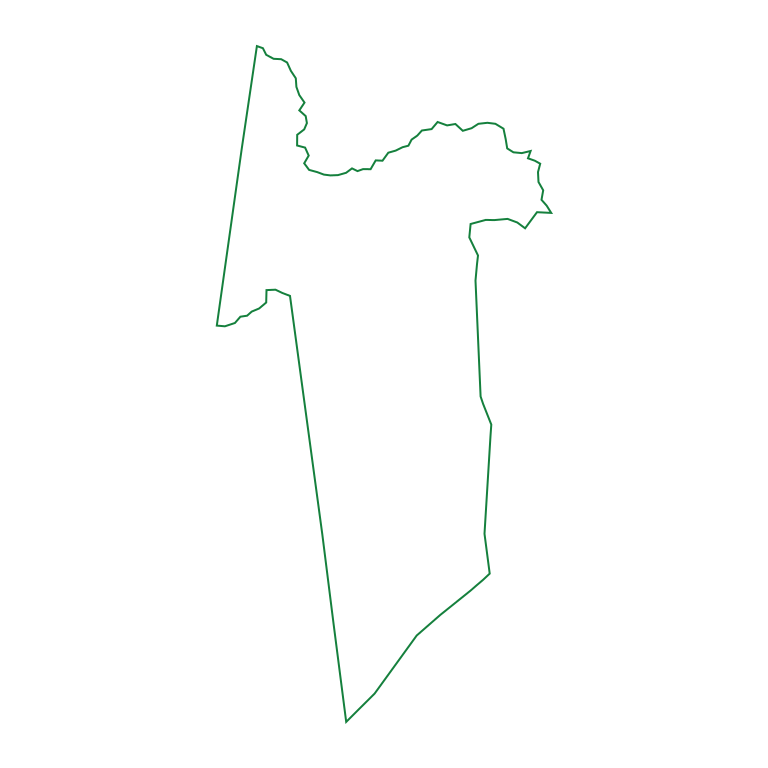 the district of Tufilândia, Maranhão, Brazil
{"feature_id": "56859067B40819764900175", "entity_name": "Tufilândia", "entity_type": "district", "adm_level": 2, "iso_a3": "BRA", "parent_name": "Brazil", "parent_adm1": "Maranhão", "projection": "robinson", "projection_center": [-45.575, -3.771], "detail": "fine", "context": "isolated", "style": "outline", "palette": "green", "viewbox_px": 768, "rotation_deg": 0, "n_neighbors": 0, "source": "geoboundaries", "source_scale": "gbopen_adm2", "svg_char_len": 1365}
<svg xmlns="http://www.w3.org/2000/svg" viewBox="0 0 768 768"><path d="M216.8,325.6L224.9,326.3L234.9,323.0L240.4,316.7L247.1,315.7L251.7,311.6L259.1,308.5L266.2,302.5L266.5,290.1L275.5,289.7L282.4,293.0L290.0,295.9L322.3,534.3L333.5,623.3L346.2,721.9L359.3,708.8L374.6,693.6L416.7,635.5L440.3,614.9L470.3,590.8L477.0,585.0L483.1,579.8L489.7,573.6L484.5,533.8L490.5,435.9L491.3,424.6L483.1,403.9L480.6,396.5L475.5,280.6L477.0,264.2L478.0,255.5L469.3,237.4L470.6,224.0L485.8,219.9L494.2,220.1L507.6,218.9L517.3,222.5L525.1,228.3L537.0,212.2L551.2,212.9L546.7,205.7L541.5,199.8L543.2,190.3L538.5,182.0L538.0,172.1L540.2,163.7L534.8,160.7L528.0,158.3L530.6,151.0L521.8,153.1L513.4,152.3L507.2,148.4L505.7,139.2L503.5,128.7L495.4,123.8L487.4,122.8L478.4,123.8L471.6,128.2L462.8,130.8L455.4,124.0L447.1,125.4L437.6,122.0L431.6,129.1L421.9,130.5L417.3,135.6L411.6,139.6L408.4,145.7L402.6,147.2L395.7,150.6L388.3,152.7L382.5,160.7L375.7,160.4L370.6,169.2L363.1,169.1L357.5,171.1L352.0,168.4L346.1,172.8L338.0,175.1L330.4,175.4L323.9,174.6L317.2,172.1L309.1,169.9L304.2,163.3L308.7,155.6L305.1,147.6L297.1,145.5L297.2,134.8L304.2,129.4L306.9,123.1L305.7,116.1L299.3,110.4L304.5,102.6L299.3,95.1L296.4,86.9L295.8,78.3L290.9,70.9L287.1,62.5L281.2,59.2L273.6,58.8L266.2,54.8L262.9,48.2L256.9,46.1L241.7,149.0L216.8,325.6Z" fill="none" stroke="#15803d" stroke-width="2"/></svg>